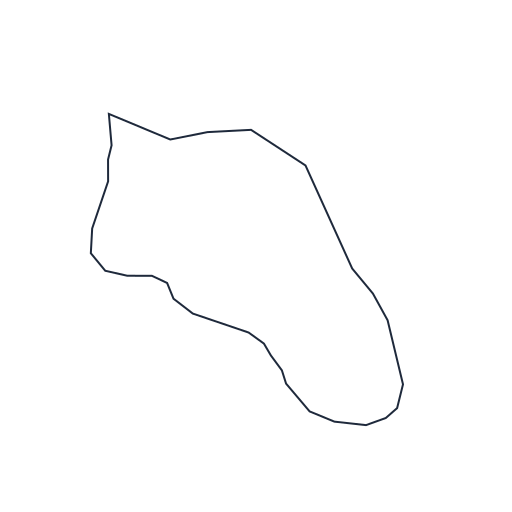 map outline of Putrajaya (Robinson projection), rotated 301°
{"feature_id": "MYS-4832", "entity_name": "Putrajaya", "entity_type": "Federal Territory", "adm_level": 1, "iso_a3": "MYS", "parent_name": "Malaysia", "parent_adm1": "", "projection": "robinson", "projection_center": [101.69, 2.928], "detail": "fine", "context": "isolated", "style": "outline", "palette": "slate", "viewbox_px": 512, "rotation_deg": 301, "n_neighbors": 0, "source": "natural_earth", "source_scale": "10m", "svg_char_len": 533}
<svg xmlns="http://www.w3.org/2000/svg" viewBox="0 0 512 512"><g transform="rotate(301 256 256)"><path d="M302.0,56.7L311.7,122.5L337.2,150.6L361.6,186.8L359.1,251.8L294.8,344.9L284.0,375.6L268.7,401.9L221.7,448.1L198.3,455.3L184.0,450.7L167.7,437.4L154.4,408.5L150.4,382.0L162.1,347.5L171.3,337.1L178.4,320.0L185.0,307.9L186.6,289.1L174.1,231.5L176.9,207.3L187.1,193.7L185.4,176.9L172.8,155.9L165.7,134.4L173.3,113.0L195.2,101.4L243.8,90.8L262.5,79.5L276.5,75.2L302.0,56.7Z" fill="none" stroke="#1e293b" stroke-width="2"/></g></svg>